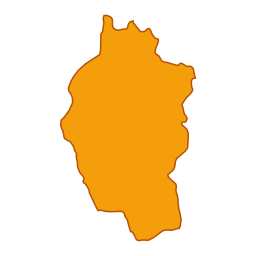 the border of Kayah
{"feature_id": "MMR-2473", "entity_name": "Kayah", "entity_type": "State", "adm_level": 1, "iso_a3": "MMR", "parent_name": "Myanmar", "parent_adm1": "", "projection": "robinson", "projection_center": [97.388, 19.239], "detail": "fine", "context": "isolated", "style": "filled", "palette": "amber", "viewbox_px": 256, "rotation_deg": 0, "n_neighbors": 0, "source": "natural_earth", "source_scale": "10m", "svg_char_len": 2876}
<svg xmlns="http://www.w3.org/2000/svg" viewBox="0 0 256 256"><path d="M195.3,78.2L192.6,78.6L191.5,80.5L191.4,83.2L191.6,86.2L192.1,88.1L192.6,88.9L192.7,89.7L191.8,91.9L190.7,93.5L186.4,97.7L182.0,104.2L182.1,105.2L183.1,108.1L183.3,109.6L184.1,113.2L185.9,116.0L187.1,118.6L186.1,121.6L184.8,122.1L183.4,122.0L182.2,122.2L181.6,123.9L182.4,125.2L185.8,128.3L187.0,129.7L188.0,132.5L188.3,135.2L187.7,147.0L186.9,149.1L185.0,151.4L176.9,158.3L175.5,161.1L174.7,166.8L173.7,169.2L171.9,171.4L169.1,173.5L167.8,175.0L168.3,176.8L171.3,180.0L174.4,182.6L175.8,184.1L176.4,186.0L175.9,190.0L176.0,191.2L177.6,196.8L178.0,199.4L178.1,202.8L178.7,208.4L180.2,214.3L181.1,220.4L180.1,226.5L179.3,228.2L178.9,228.5L178.3,228.3L172.1,230.2L165.2,230.0L162.6,230.9L153.6,237.5L148.5,240.2L142.4,240.0L139.2,240.6L137.8,240.4L136.4,239.5L135.8,238.4L135.4,237.2L132.7,232.5L131.6,231.7L130.6,231.6L129.0,226.4L127.4,220.2L127.2,219.8L126.8,219.0L125.6,217.4L125.0,216.1L124.4,214.0L123.7,212.6L123.3,212.2L122.6,211.8L121.3,211.4L109.7,211.7L105.2,211.3L101.0,210.2L100.5,210.2L99.0,210.6L98.5,210.6L98.0,210.5L97.0,208.8L89.4,192.8L89.0,189.8L86.1,184.7L84.7,183.4L84.3,183.2L83.9,182.9L83.5,182.6L83.3,182.1L83.2,181.5L83.6,179.7L84.0,178.6L83.9,178.0L83.6,177.1L82.0,175.0L81.0,174.1L79.9,172.6L78.9,170.5L77.9,167.6L77.5,165.8L77.4,163.2L77.5,162.2L76.7,159.3L76.2,155.6L76.5,154.1L76.5,153.4L76.1,152.7L75.2,151.5L74.7,150.6L74.4,149.7L74.0,148.0L73.2,146.1L71.0,142.7L69.8,141.5L68.9,140.8L68.3,140.8L67.8,140.6L67.4,140.4L66.4,139.5L65.9,139.3L64.6,138.6L64.3,137.8L63.9,136.4L63.5,133.4L62.5,130.1L62.1,129.4L61.0,126.5L60.7,124.8L61.2,120.5L61.2,120.3L64.4,117.0L69.1,110.5L72.5,103.0L72.5,98.4L71.5,95.4L69.4,91.8L68.8,90.6L68.5,89.4L68.4,88.7L68.5,88.0L68.9,86.6L70.9,81.5L73.9,76.0L78.5,70.2L85.6,63.8L99.7,54.6L100.6,49.9L100.9,33.9L102.1,32.4L102.6,31.5L103.8,23.1L103.2,18.3L104.0,15.5L106.6,15.4L107.8,15.7L110.5,16.9L111.5,17.9L112.1,18.8L112.4,20.3L112.5,21.2L112.5,22.2L112.4,23.2L112.4,24.1L112.5,25.1L112.8,26.9L113.2,27.7L113.8,28.3L115.5,29.4L116.4,29.8L117.4,30.1L118.7,30.1L123.4,29.1L124.4,29.1L125.1,29.1L125.7,29.2L126.4,28.9L127.0,28.3L127.8,26.6L128.3,24.2L130.0,21.9L133.1,20.8L133.3,22.7L140.3,31.5L142.1,31.7L143.5,31.6L144.4,31.4L145.3,31.0L146.0,30.4L146.5,29.7L147.1,29.2L147.5,28.9L148.0,28.7L149.0,28.5L149.7,28.9L150.4,30.0L152.3,34.6L154.2,37.2L155.3,38.1L156.1,38.6L157.4,38.7L157.9,39.0L158.4,39.7L158.4,41.0L158.2,42.1L155.9,48.0L155.4,50.0L155.1,51.7L155.0,52.4L155.4,53.2L156.1,54.1L157.7,55.1L158.8,55.9L159.7,57.2L161.2,60.1L161.8,60.8L163.5,61.9L166.8,62.4L176.8,65.3L178.0,65.3L178.9,64.8L179.5,64.0L180.1,63.5L180.9,63.2L182.0,63.5L183.3,64.2L185.8,65.9L187.4,66.3L188.7,66.4L189.6,66.2L190.4,66.3L191.3,66.7L192.4,67.5L193.1,68.5L193.7,70.3L193.9,72.4L195.3,78.2L195.3,78.2Z" fill="#f59e0b" stroke="#b45309" stroke-width="1.5"/></svg>